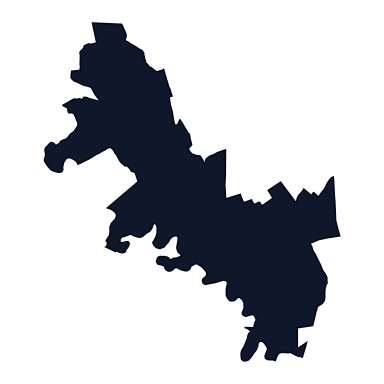 the district of Alexandru I. Cuza, Iasi, Romania
{"feature_id": "2599482B98432410141384", "entity_name": "Alexandru I. Cuza", "entity_type": "district", "adm_level": 2, "iso_a3": "ROU", "parent_name": "Romania", "parent_adm1": "Iasi", "projection": "albers", "projection_center": [26.859, 47.141], "detail": "fine", "context": "isolated", "style": "filled", "palette": "ink", "viewbox_px": 384, "rotation_deg": 0, "n_neighbors": 0, "source": "geoboundaries", "source_scale": "gbopen_adm2", "svg_char_len": 5918}
<svg xmlns="http://www.w3.org/2000/svg" viewBox="0 0 384 384"><path d="M275.3,360.5L276.9,356.1L277.6,354.6L278.9,353.3L281.4,352.3L288.4,352.7L291.9,352.1L291.2,352.7L292.8,353.7L298.5,356.3L300.3,356.4L302.3,357.1L305.5,346.5L306.5,342.7L298.0,348.3L297.4,347.9L297.3,347.5L297.3,327.8L312.6,325.5L315.8,312.3L317.4,306.8L318.6,305.6L320.5,304.6L322.3,303.3L323.9,301.1L324.4,300.0L324.7,297.7L324.8,290.1L325.0,288.5L326.1,284.1L327.2,282.9L326.9,282.2L326.8,277.3L325.0,273.8L322.6,270.4L320.3,264.6L318.0,260.2L314.9,253.8L313.4,251.8L312.5,249.7L311.7,246.6L309.9,243.4L319.0,239.5L328.2,237.6L339.7,235.9L337.7,228.9L335.6,220.6L334.9,202.8L334.3,195.1L333.5,178.8L333.2,176.9L331.3,177.9L329.6,179.9L327.3,183.3L326.5,184.9L326.3,185.8L324.4,189.2L321.7,192.5L318.5,197.0L313.7,192.6L313.3,192.8L312.6,194.0L311.2,195.4L303.8,189.1L302.6,191.0L298.4,196.0L297.3,198.4L296.6,201.3L296.6,202.3L295.0,201.4L280.6,182.2L268.2,190.4L273.1,198.1L263.0,205.2L261.4,205.9L261.1,204.7L259.8,202.5L259.0,202.3L254.0,204.6L251.6,200.5L251.5,199.9L243.5,202.8L240.5,195.5L240.3,194.4L225.6,198.9L224.8,184.9L225.3,175.2L225.5,149.9L220.4,151.6L216.6,153.1L214.4,154.4L209.6,156.3L206.4,158.8L205.6,160.4L205.5,163.0L204.4,163.6L202.8,160.3L200.7,156.9L199.9,155.9L196.7,155.7L191.6,153.8L189.2,150.8L188.7,149.0L187.9,148.3L189.7,146.9L191.2,145.3L191.6,144.6L190.3,139.8L189.2,133.9L188.7,133.8L187.8,132.8L182.3,123.4L180.0,120.0L179.8,119.9L177.7,125.0L175.4,125.1L174.7,125.3L173.5,120.1L172.1,111.5L170.3,105.1L169.2,97.4L169.2,96.8L172.0,96.0L171.4,94.1L171.0,93.6L171.1,93.3L170.7,92.7L170.4,90.7L169.6,88.6L168.5,86.5L167.1,81.1L166.7,80.9L166.5,79.6L163.6,69.4L162.6,70.2L158.8,71.2L158.3,71.9L156.2,71.5L155.4,71.2L153.2,69.2L151.8,68.4L151.5,67.8L150.6,67.6L150.2,68.0L149.6,66.9L148.4,65.9L147.4,64.3L147.0,64.3L147.0,64.0L145.6,63.2L145.5,61.2L144.3,58.0L144.2,56.0L143.4,56.3L142.7,54.5L143.5,54.1L143.3,53.6L143.7,53.3L142.5,51.6L142.7,51.4L142.6,51.2L140.4,49.7L140.0,49.8L139.5,49.4L139.0,49.5L138.9,49.0L136.9,47.6L129.4,43.2L128.6,42.5L124.8,40.4L125.9,37.0L126.1,35.8L126.0,34.4L124.5,30.6L123.2,27.9L122.8,26.5L121.6,24.3L92.5,23.0L96.7,42.7L94.4,43.6L91.5,44.2L89.0,44.2L88.9,43.9L87.7,44.2L84.3,45.9L84.1,46.2L84.0,47.7L83.0,49.0L80.4,51.6L80.0,52.8L80.5,55.9L80.5,56.6L80.3,56.9L80.4,58.7L80.2,64.3L80.4,65.6L80.5,68.3L79.7,70.0L80.4,70.4L75.4,70.8L75.5,71.0L71.8,71.1L71.2,74.9L71.1,76.6L71.4,78.2L72.7,79.6L74.3,81.0L76.6,81.8L84.1,85.4L87.7,86.0L91.4,87.5L94.9,94.2L100.8,101.9L91.5,99.2L89.3,98.8L87.0,97.6L84.2,97.3L83.8,97.4L82.8,98.9L82.1,99.3L81.4,99.4L79.3,98.8L78.0,99.0L76.9,99.5L75.7,99.1L75.4,99.2L74.5,100.3L74.1,100.4L73.5,100.0L73.6,99.2L63.0,105.2L63.2,105.5L64.3,106.4L66.5,107.2L67.4,107.8L67.9,109.2L68.1,111.4L68.8,112.8L71.7,112.7L73.5,113.2L74.1,113.9L75.2,116.2L77.7,122.5L78.1,124.5L77.8,125.9L74.1,131.5L70.7,134.0L67.7,137.7L66.3,139.0L63.3,140.1L60.5,141.5L60.0,142.8L59.5,143.5L55.6,145.8L54.0,143.4L53.4,143.4L52.4,142.8L50.9,142.5L48.9,144.3L45.3,148.4L45.0,150.7L45.7,154.0L45.4,156.7L44.3,159.8L45.1,162.1L48.5,167.0L51.3,169.9L54.1,171.2L58.5,172.3L61.3,171.9L62.4,170.8L62.8,169.2L62.5,167.5L63.5,162.8L64.2,161.4L66.4,158.2L68.9,157.5L70.9,158.0L73.7,159.3L76.1,161.1L77.4,162.9L77.8,164.1L79.4,163.6L88.8,158.9L96.4,154.3L99.2,153.0L100.7,152.0L104.9,149.8L107.6,147.9L110.9,147.4L113.7,150.3L115.4,153.5L116.7,155.0L119.3,159.9L120.7,162.1L125.1,166.0L125.9,165.5L127.5,166.1L129.9,168.7L131.0,170.1L131.3,171.0L132.0,171.5L133.1,171.5L135.2,172.6L138.2,181.7L107.4,207.9L109.8,208.6L112.5,210.0L114.7,211.8L115.8,213.0L116.3,214.1L116.6,215.8L116.0,217.8L115.1,219.5L111.3,223.5L110.6,226.0L110.1,226.6L110.0,231.7L109.7,235.2L106.3,240.4L106.3,241.1L107.7,240.7L107.7,240.9L107.4,242.0L107.3,244.3L106.7,246.4L105.8,246.9L115.4,251.5L115.7,250.9L115.4,250.3L118.9,251.9L121.2,252.7L123.1,252.7L124.2,252.3L125.4,251.5L125.5,250.4L128.3,246.5L129.0,244.6L129.2,243.6L128.7,242.2L128.0,241.7L125.9,241.8L124.3,242.4L123.3,242.4L121.9,243.0L120.2,242.1L119.8,239.8L121.3,237.5L122.3,236.7L124.2,236.4L130.2,234.2L131.4,234.5L132.1,234.4L132.9,235.3L135.5,236.3L137.8,237.0L140.0,237.3L142.5,236.4L147.0,232.6L149.3,231.5L151.6,228.7L153.4,223.5L155.2,223.5L156.6,225.0L157.2,227.3L157.1,233.4L156.0,236.9L154.0,240.9L153.2,241.7L152.9,242.5L153.3,244.0L154.2,245.4L155.9,247.2L157.6,248.0L160.0,248.5L163.9,247.0L168.6,241.5L170.1,238.6L172.5,236.7L175.1,235.7L177.2,236.0L178.2,237.2L178.1,240.1L176.8,247.9L177.4,250.0L178.4,252.4L180.4,254.0L181.9,255.7L177.3,258.0L173.7,258.3L172.0,259.3L170.3,259.7L169.6,259.6L168.5,257.9L167.3,257.2L163.7,256.5L161.4,256.9L161.0,256.5L160.2,256.4L158.1,257.3L157.3,258.6L156.6,261.1L156.6,261.7L157.5,263.6L158.8,264.5L160.0,264.2L160.6,264.6L164.4,266.0L164.6,266.2L165.2,268.7L166.0,269.7L168.0,270.9L169.4,271.1L170.9,270.8L171.8,270.4L173.4,268.9L174.2,268.6L175.2,267.5L175.7,267.3L176.7,267.5L180.5,269.4L182.8,270.2L185.4,270.8L187.2,270.7L188.5,270.1L189.8,268.8L190.3,267.9L190.7,266.2L195.8,263.7L197.0,263.7L201.9,266.7L205.3,270.4L206.6,272.5L206.9,274.3L205.8,276.7L203.3,278.6L202.4,280.0L202.7,281.6L203.3,283.2L205.2,284.4L215.6,282.4L221.7,280.5L224.1,280.0L226.4,280.9L227.6,282.2L226.3,289.7L226.4,295.5L227.6,298.0L229.8,300.6L231.7,300.9L234.3,300.6L237.5,297.6L238.9,297.0L240.3,297.8L242.4,299.6L244.1,302.6L244.0,305.2L244.3,307.7L243.1,310.9L242.3,312.6L242.6,314.5L244.1,315.7L245.9,316.3L252.1,314.4L253.8,314.9L255.5,317.6L256.3,320.0L255.1,322.3L253.7,327.8L244.5,327.5L246.3,327.9L247.7,328.6L251.3,331.2L248.7,333.8L248.1,335.2L247.3,339.2L244.0,346.8L241.8,350.6L241.2,352.4L241.1,354.9L241.5,359.0L242.5,360.2L243.8,361.0L246.3,360.7L248.4,359.9L250.7,357.5L253.8,352.9L256.3,349.7L257.6,346.4L258.2,342.4L260.6,341.0L263.5,342.0L266.4,345.8L267.8,348.7L265.1,355.9L265.4,358.2L267.4,359.5L269.4,359.7L272.5,359.7L275.3,360.5Z" fill="#0f172a" stroke="#020617" stroke-width="1.5"/></svg>